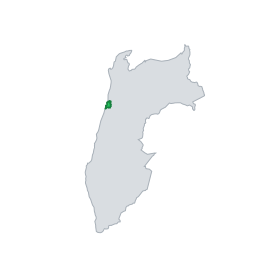 Viru, La Libertad, Peru shown in context, rotated 37°
{"feature_id": "86281439B2009584770590", "entity_name": "Viru", "entity_type": "district", "adm_level": 2, "iso_a3": "PER", "parent_name": "Peru", "parent_adm1": "La Libertad", "projection": "equal_earth", "projection_center": [-78.588, -8.556], "detail": "fine", "context": "in_parent", "style": "filled", "palette": "green", "viewbox_px": 256, "rotation_deg": 37, "n_neighbors": 0, "source": "geoboundaries", "source_scale": "gbopen_adm2", "svg_char_len": 5146}
<svg xmlns="http://www.w3.org/2000/svg" viewBox="0 0 256 256"><g transform="rotate(37 128 128)"><path d="M170.4,73.3L170.3,74.0L169.6,74.4L169.0,73.9L168.1,74.0L166.7,72.3L163.4,72.6L162.0,74.6L159.8,75.0L157.4,75.9L154.7,76.3L150.5,79.5L149.5,80.7L147.6,82.6L146.0,83.2L145.3,89.0L143.7,92.3L143.1,94.1L143.9,96.9L143.9,98.2L143.1,99.3L142.3,99.5L140.9,100.6L138.7,103.2L138.3,105.1L139.0,107.7L138.8,108.0L137.0,108.5L137.1,109.9L136.7,110.4L138.2,112.5L139.0,113.0L139.1,113.5L138.9,114.0L138.6,114.2L138.6,114.7L139.6,116.2L140.4,119.2L142.0,120.7L142.0,121.7L142.4,122.7L143.3,123.4L145.1,126.5L145.2,127.9L143.2,131.1L146.4,131.1L150.0,132.2L150.5,132.7L150.9,134.2L151.0,135.2L151.7,135.9L151.6,137.7L156.4,137.7L159.4,137.3L164.4,131.9L165.2,131.4L164.8,132.6L164.7,133.4L165.0,134.4L164.4,135.7L164.2,148.9L165.1,148.2L166.3,149.4L167.1,149.5L169.9,148.0L173.0,148.3L180.2,165.4L179.5,166.6L179.5,167.5L178.6,168.3L177.7,169.6L177.6,176.5L176.8,178.5L177.2,179.6L177.6,181.7L178.2,183.1L178.4,183.9L178.3,184.2L177.3,184.9L177.2,186.2L175.3,188.6L175.0,190.2L174.3,190.8L174.1,192.6L175.7,195.6L174.6,197.4L173.6,200.1L175.2,205.7L175.9,206.5L176.6,206.4L177.7,206.9L178.2,207.7L176.9,208.8L176.7,209.3L176.7,211.1L175.2,212.5L173.2,216.0L172.7,216.2L171.7,217.2L171.5,217.7L171.7,218.2L172.5,219.3L172.6,220.5L171.1,222.1L170.1,222.3L169.7,222.7L170.1,224.9L170.1,225.8L169.8,227.0L169.0,228.2L166.9,229.5L165.0,229.7L161.8,226.5L160.8,225.2L157.7,222.5L157.2,219.6L156.1,218.2L154.2,217.2L152.6,215.7L151.5,215.0L148.6,211.8L145.9,210.8L141.0,207.4L138.4,206.3L135.0,203.1L133.1,202.2L131.6,200.7L127.2,197.6L126.5,196.6L125.8,195.0L124.8,194.1L123.7,191.9L122.0,190.7L120.4,189.0L118.5,184.5L117.5,183.5L117.5,181.4L116.8,180.5L117.8,179.8L118.4,176.7L118.1,175.1L115.8,170.8L115.4,169.0L113.7,165.7L113.1,163.8L111.8,162.3L111.2,161.1L110.5,160.6L110.5,159.0L109.9,156.2L109.2,154.7L106.5,152.0L106.3,149.0L105.7,147.0L102.0,138.7L99.8,130.7L98.0,126.2L97.3,123.6L97.2,122.3L95.9,119.9L95.2,117.7L92.1,113.5L90.4,108.9L90.1,107.5L88.9,105.0L87.0,101.6L86.0,100.3L80.2,96.2L77.5,93.7L77.1,92.4L77.3,91.6L77.9,90.9L78.7,91.5L79.2,91.3L79.6,90.3L79.6,89.0L79.1,87.2L77.2,83.7L77.7,82.2L75.8,78.2L76.3,74.3L76.7,73.3L79.5,69.3L80.3,67.6L81.5,66.6L82.7,65.0L84.2,63.8L84.6,64.2L85.1,66.3L85.0,67.7L85.4,69.3L84.4,70.7L83.3,70.4L82.9,70.8L82.7,71.4L82.9,72.5L83.2,73.0L84.0,73.0L82.9,75.1L83.0,75.5L83.7,75.8L84.5,75.3L85.3,74.1L85.8,74.0L88.6,76.0L89.9,75.7L91.0,76.7L91.1,78.2L92.5,81.0L94.6,81.7L95.0,81.5L95.5,80.4L95.9,80.3L96.0,78.7L97.9,77.0L98.1,75.8L97.9,75.0L97.9,74.3L99.0,70.5L99.3,70.1L99.6,68.9L100.1,68.2L100.7,63.9L101.2,63.9L101.7,64.9L102.2,64.7L101.9,63.7L102.0,63.4L104.1,60.0L104.7,59.2L114.6,54.5L119.5,49.7L123.8,43.0L125.1,36.2L125.6,36.7L126.5,36.5L126.2,33.7L126.4,32.4L126.3,32.0L125.0,30.4L124.5,28.6L123.3,27.6L123.3,27.2L124.6,27.6L125.7,27.4L126.7,26.3L127.4,26.4L129.0,27.9L130.2,28.1L130.6,29.2L131.7,30.0L133.4,32.3L134.1,34.9L134.1,35.4L134.8,36.7L136.4,37.3L138.0,39.2L139.7,39.8L140.4,41.5L140.8,42.1L141.1,43.0L140.8,44.2L141.1,44.8L142.3,45.8L143.3,45.9L143.5,46.3L144.1,49.1L143.7,50.6L143.9,51.4L145.3,52.0L145.7,52.7L146.7,52.8L148.3,52.2L150.2,53.0L151.7,52.7L152.4,52.5L153.0,51.9L153.6,51.9L155.1,50.1L155.6,50.0L157.2,50.8L158.5,52.0L160.2,51.7L160.9,51.0L162.1,50.6L164.3,52.1L164.7,52.8L165.3,52.9L167.7,54.4L168.1,55.0L169.3,55.6L169.6,56.1L169.5,56.6L164.0,68.2L165.7,69.2L167.3,68.6L168.1,69.3L168.7,71.2L169.9,72.5L170.4,73.3Z" fill="#d9dde1" stroke="#a8b0b8" stroke-width="1"/><path d="M98.2,117.0L97.9,117.0L97.7,117.1L97.5,117.3L97.4,117.3L97.2,117.3L97.1,117.5L96.9,117.6L96.7,117.6L96.6,117.8L96.6,118.0L96.8,118.0L96.9,118.3L96.8,118.5L96.8,118.8L96.7,118.8L96.6,119.0L96.4,119.1L96.2,119.2L96.2,119.3L96.1,119.5L96.1,119.8L96.1,120.0L95.9,120.2L95.8,120.3L96.0,120.5L96.4,120.9L96.4,121.0L96.5,121.0L96.8,121.3L97.0,121.5L97.2,121.9L97.2,122.0L97.4,122.3L97.4,122.5L97.4,122.8L97.4,123.0L97.4,123.3L97.4,123.5L97.3,123.8L97.2,123.8L97.3,123.9L97.3,124.0L97.2,124.0L97.5,124.4L97.7,124.9L97.8,125.1L98.0,125.3L98.1,125.5L98.2,125.8L98.2,126.1L98.3,126.2L98.5,126.1L98.6,125.9L98.7,125.7L98.7,125.4L98.8,125.3L98.8,125.2L98.7,125.2L98.7,124.9L98.7,124.7L98.8,124.6L98.8,124.4L98.9,124.2L99.0,124.0L99.1,123.9L99.3,123.8L99.4,123.7L99.4,123.8L99.5,123.7L99.5,123.8L99.5,123.7L99.8,123.6L100.0,123.5L100.0,123.4L100.2,123.2L100.3,123.2L100.5,123.0L100.6,122.9L100.8,122.8L101.0,122.8L101.1,122.7L101.1,122.8L101.2,122.7L101.3,122.7L101.5,122.7L101.5,122.4L101.4,122.3L101.4,122.2L101.3,121.9L101.2,121.8L101.2,121.6L101.2,121.4L101.3,121.4L101.3,121.2L101.2,121.1L101.3,121.0L101.3,120.9L101.3,120.7L101.2,120.6L100.9,120.6L100.7,120.7L100.7,120.8L100.7,120.7L100.4,120.5L100.4,120.4L100.4,120.2L100.4,119.9L100.2,120.0L100.2,119.9L100.1,119.7L100.0,119.4L99.9,119.4L99.9,119.5L99.7,119.7L99.4,119.5L99.5,119.5L99.5,119.4L99.5,119.2L99.4,119.2L99.2,119.1L98.9,119.0L98.8,118.9L98.7,118.8L98.7,118.7L98.8,118.5L98.8,118.4L98.9,118.2L98.7,118.1L98.6,117.9L98.6,117.7L98.4,117.5L98.2,117.5L98.1,117.4L98.3,117.1L98.2,117.0Z" fill="#22c55e" stroke="#15803d" stroke-width="1.5"/></g></svg>